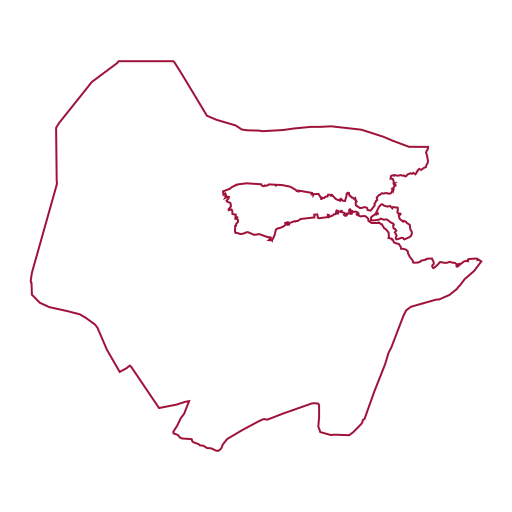 Kota Kendari, Sulawesi Tenggara, Indonesia
{"feature_id": "22746128B80961359079738", "entity_name": "Kota Kendari", "entity_type": "district", "adm_level": 2, "iso_a3": "IDN", "parent_name": "Indonesia", "parent_adm1": "Sulawesi Tenggara", "projection": "mercator", "projection_center": [122.584, -4.0], "detail": "fine", "context": "isolated", "style": "outline", "palette": "rose", "viewbox_px": 512, "rotation_deg": 0, "n_neighbors": 0, "source": "geoboundaries", "source_scale": "gbopen_adm2", "svg_char_len": 6104}
<svg xmlns="http://www.w3.org/2000/svg" viewBox="0 0 512 512"><path d="M31.9,272.8L30.7,280.6L31.1,282.7L31.5,282.9L31.9,294.7L39.9,302.8L49.2,307.1L66.9,311.0L79.7,314.3L85.3,317.5L95.1,324.6L97.5,327.8L106.9,349.7L119.7,371.9L126.2,368.4L129.8,365.6L131.4,367.1L159.0,408.0L176.2,404.7L184.9,401.9L189.1,401.1L184.1,413.8L180.8,418.1L177.1,425.8L173.3,431.8L173.5,433.4L177.8,434.9L180.0,437.6L182.1,438.5L191.3,439.1L191.9,439.5L192.1,440.9L193.1,442.1L198.7,444.2L199.7,445.3L203.5,445.8L207.0,448.0L211.4,448.4L216.4,450.8L218.5,450.7L220.3,449.4L221.3,448.3L222.8,444.5L227.2,439.0L242.4,430.0L258.1,421.6L262.9,419.3L264.6,419.1L267.2,419.7L283.2,413.5L311.7,403.5L314.6,403.2L318.2,403.6L319.1,405.1L319.1,417.4L318.3,426.4L320.3,432.1L330.7,435.0L335.2,434.7L349.2,435.2L353.2,432.2L358.6,426.8L361.5,423.7L362.5,421.9L362.7,420.2L364.5,419.0L374.5,391.0L385.2,364.0L388.5,352.9L391.5,347.0L403.3,316.1L406.1,310.4L411.1,306.7L436.2,299.6L439.0,299.5L449.3,295.0L457.2,288.7L457.9,287.4L460.2,285.1L464.6,279.2L474.2,270.9L481.3,261.4L478.7,259.7L477.5,260.1L477.4,258.9L476.1,258.5L468.6,259.1L467.8,259.7L468.1,261.2L465.6,261.0L463.9,261.5L457.3,266.7L456.6,266.4L456.5,265.8L458.5,265.2L458.9,264.0L457.1,264.5L454.8,262.9L452.1,262.6L449.7,261.8L447.3,262.7L444.9,262.9L440.1,262.0L436.7,265.7L433.6,268.1L433.1,268.0L432.2,266.5L432.3,265.4L433.7,264.0L433.7,262.2L431.9,258.5L427.4,258.7L426.0,259.1L425.9,259.6L420.9,260.8L420.5,261.6L417.8,262.6L413.5,262.7L413.0,262.3L412.7,260.5L409.8,256.9L407.9,253.1L407.9,251.5L406.1,249.7L403.3,248.8L401.1,248.8L400.7,246.8L398.8,243.9L395.9,243.3L393.8,242.3L393.1,240.2L392.3,239.8L392.6,239.6L392.2,239.1L391.7,239.3L391.1,238.5L388.5,238.0L388.9,236.8L388.6,232.5L385.9,229.2L384.3,228.4L381.8,224.2L381.1,224.2L379.0,222.5L378.5,222.5L378.5,223.0L371.7,223.0L368.5,221.0L368.2,218.7L365.8,216.4L364.1,216.0L360.5,216.4L356.8,214.7L356.6,214.2L358.5,213.7L357.9,212.6L356.9,212.0L355.4,211.6L353.5,211.9L352.4,211.1L352.0,211.7L351.9,213.7L350.9,213.9L350.5,213.0L351.1,211.8L351.1,210.8L350.2,209.3L349.6,209.4L349.1,210.3L349.4,213.1L348.9,212.8L349.2,213.3L347.8,213.9L347.2,213.4L346.9,213.6L346.7,215.4L345.4,215.9L344.0,214.9L345.0,213.8L344.7,213.1L341.4,211.8L341.6,210.9L341.0,210.9L340.5,211.9L336.6,210.5L336.1,212.1L336.8,213.0L338.0,213.0L337.9,213.6L335.7,213.4L335.4,214.2L333.8,214.4L332.7,215.5L328.9,217.0L328.8,215.0L327.8,214.8L328.0,217.1L319.1,218.2L318.1,218.0L317.2,214.4L314.2,214.7L314.4,217.4L300.6,219.0L297.7,221.0L296.4,221.0L295.5,221.6L294.7,221.1L288.9,223.3L289.3,225.3L288.3,224.1L287.3,224.2L287.3,223.8L288.3,223.5L287.9,222.2L285.2,223.0L285.7,224.2L287.0,223.9L287.0,224.5L286.3,224.2L283.1,226.7L279.5,228.1L277.9,228.3L275.9,229.6L274.6,235.0L272.9,238.8L272.0,239.6L272.0,240.3L270.9,239.2L270.8,240.3L269.0,240.1L270.5,239.0L270.0,238.7L270.7,237.6L270.4,237.5L269.7,238.4L269.7,237.3L267.3,237.0L259.3,234.1L254.3,234.9L248.0,232.2L246.8,232.2L242.8,233.8L240.1,234.0L237.2,232.9L235.5,232.9L235.0,231.7L235.2,225.8L236.1,225.6L236.1,224.0L238.1,221.7L238.0,220.1L237.3,218.9L235.4,218.9L235.3,217.9L236.9,217.1L235.5,216.1L235.8,214.6L232.5,214.1L232.2,210.6L231.5,209.5L228.7,210.2L228.6,209.3L230.9,206.5L230.8,204.7L230.3,202.9L227.4,201.8L226.5,200.8L228.5,198.6L228.9,197.0L227.6,196.8L225.3,197.9L226.4,196.0L225.9,195.0L225.5,195.2L225.7,194.3L225.2,193.4L223.5,194.7L223.0,191.4L230.3,188.6L231.1,187.6L236.1,184.9L236.1,185.2L238.5,184.3L246.7,183.3L261.4,184.3L261.7,185.4L263.2,186.2L264.5,186.0L265.0,185.4L266.3,185.7L268.2,185.1L268.8,184.4L275.1,184.7L275.9,185.6L276.6,184.8L281.8,185.0L290.3,186.7L295.8,189.9L296.6,191.0L298.2,191.5L298.9,191.4L298.7,190.6L311.9,192.9L311.6,194.3L313.0,194.1L313.2,195.2L313.7,194.2L318.5,193.9L320.6,197.3L321.1,197.4L321.1,198.9L321.7,199.0L322.0,197.8L324.2,198.0L325.6,196.6L327.5,196.5L328.1,194.7L331.7,194.9L331.2,195.7L332.7,195.9L336.1,199.2L340.3,200.8L340.6,200.3L339.5,199.9L340.9,198.7L342.7,200.7L345.0,201.0L346.8,194.7L346.5,194.0L347.2,193.1L348.4,192.7L348.9,192.9L349.1,194.6L350.1,195.6L349.9,195.8L351.9,197.6L352.5,197.5L353.7,198.7L355.2,198.0L355.4,200.0L355.8,200.0L356.6,201.6L355.9,201.8L355.6,203.1L355.9,205.3L359.9,208.0L362.0,207.9L363.9,207.2L366.2,207.4L366.9,207.8L367.7,210.0L370.7,210.6L374.7,205.4L374.5,203.5L375.5,202.6L375.9,201.0L377.3,200.0L376.7,197.7L378.9,195.1L379.9,194.8L382.0,193.2L383.4,193.6L385.5,193.1L387.1,193.1L388.2,193.7L390.7,193.4L392.1,191.4L392.3,189.8L393.2,189.9L393.3,190.4L393.6,189.5L392.8,189.4L392.2,188.6L393.2,188.3L394.2,186.4L395.5,185.7L395.5,184.9L393.8,184.3L393.7,183.8L394.7,183.1L393.6,183.1L393.7,181.3L392.7,178.9L390.5,178.7L391.0,176.0L392.8,175.3L394.2,175.6L394.4,175.1L397.6,175.7L401.0,175.1L402.5,175.7L404.2,175.5L405.2,176.4L406.2,176.1L407.4,174.6L410.2,173.3L412.0,173.8L413.2,172.9L415.5,174.3L416.6,172.6L416.7,171.8L417.7,171.0L417.7,170.3L419.2,168.9L421.1,169.9L424.4,167.6L425.8,167.2L426.8,164.1L427.4,163.7L428.0,161.2L427.1,155.8L426.0,152.4L428.0,148.5L428.1,146.9L408.9,146.8L393.1,140.9L383.5,136.8L361.4,129.7L331.1,126.3L319.7,126.9L310.5,126.9L293.8,128.5L283.3,130.0L262.6,131.2L258.9,130.6L247.6,130.3L242.0,129.6L235.5,125.4L216.5,119.8L206.9,115.7L182.1,74.5L174.3,62.1L173.2,61.2L118.7,61.2L117.1,63.1L91.9,81.9L59.0,123.1L56.1,127.8L56.7,181.0L57.0,183.7L31.9,272.8ZM387.4,206.6L384.2,205.7L382.3,204.3L381.1,204.5L379.1,206.6L376.0,213.0L377.8,213.3L377.7,214.0L376.7,213.8L376.1,214.6L375.3,214.1L371.2,217.1L370.9,220.2L374.0,220.4L379.2,219.6L380.8,218.6L383.8,219.7L386.8,219.4L391.1,222.7L393.2,223.5L393.9,224.6L393.1,225.6L393.5,228.0L394.0,228.7L395.2,229.0L396.3,230.7L394.8,232.3L396.6,235.4L395.7,238.1L396.3,239.3L398.0,239.1L401.5,237.8L403.1,238.0L403.9,239.2L404.5,239.4L409.4,237.1L411.0,235.9L411.8,233.7L411.9,232.1L410.2,228.9L409.8,224.9L406.5,222.7L406.0,221.7L403.4,220.8L403.0,221.6L399.7,218.9L398.8,215.8L399.1,214.5L400.1,214.7L400.6,213.9L400.2,213.5L398.3,213.5L397.3,212.1L397.8,210.5L397.7,207.6L392.9,207.1L392.3,208.3L390.1,206.0L387.4,206.6Z" fill="none" stroke="#9f1239" stroke-width="2"/></svg>